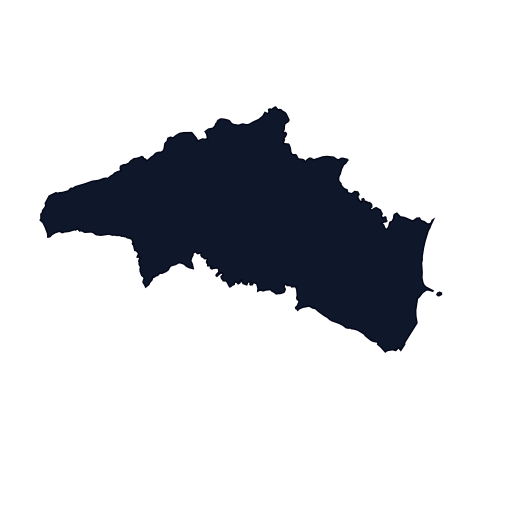 Mele, Shefa, Vanuatu, rotated 241°
{"feature_id": "77236927B59461179812420", "entity_name": "Mele", "entity_type": "district", "adm_level": 2, "iso_a3": "VUT", "parent_name": "Vanuatu", "parent_adm1": "Shefa", "projection": "robinson", "projection_center": [168.323, -17.649], "detail": "fine", "context": "isolated", "style": "filled", "palette": "ink", "viewbox_px": 512, "rotation_deg": 241, "n_neighbors": 0, "source": "geoboundaries", "source_scale": "gbopen_adm2", "svg_char_len": 6151}
<svg xmlns="http://www.w3.org/2000/svg" viewBox="0 0 512 512"><g transform="rotate(241 256 256)"><path d="M400.2,181.1L398.5,179.7L396.0,179.3L396.8,175.8L397.0,172.7L396.2,170.0L396.3,167.8L395.6,164.1L396.8,162.4L397.6,160.3L398.4,154.9L400.7,149.0L402.0,141.2L404.1,131.9L404.1,129.9L403.7,129.0L405.0,126.7L403.9,123.5L405.4,117.2L406.5,115.0L407.0,112.9L408.3,111.7L408.7,104.2L404.2,97.2L403.1,97.1L402.0,96.4L400.9,95.2L399.3,91.6L398.8,91.0L397.9,91.1L396.9,88.2L392.8,86.0L392.0,84.7L388.5,85.9L383.9,85.7L376.5,84.6L373.4,83.1L372.8,85.1L373.7,87.9L373.8,91.7L373.0,95.7L372.4,96.6L370.8,97.4L370.2,98.2L370.0,100.1L368.2,104.4L367.1,109.8L366.3,110.6L366.2,112.0L366.7,113.1L363.3,113.9L363.2,114.9L362.3,116.1L360.0,117.5L359.5,118.3L356.9,123.7L355.6,124.9L352.1,126.6L349.3,130.5L346.5,138.0L343.8,140.6L343.1,142.4L341.7,143.9L340.0,147.0L338.4,148.1L337.7,149.7L336.5,150.5L335.9,151.7L334.4,152.2L332.8,154.2L331.9,154.6L331.4,155.7L328.9,155.3L327.5,155.6L327.2,154.3L326.7,153.9L326.1,153.8L326.0,154.3L325.1,154.3L319.8,152.7L318.5,153.9L315.1,154.7L312.7,151.5L312.4,151.6L311.7,153.5L310.2,153.8L310.1,152.9L308.3,150.9L306.5,150.8L305.9,150.0L305.1,149.7L302.4,149.8L301.2,148.6L299.0,147.4L294.3,146.6L292.6,147.5L290.9,147.6L288.3,144.8L287.4,144.4L284.8,144.7L282.3,144.4L283.0,148.4L284.4,150.3L285.5,153.4L287.7,155.5L287.2,155.5L286.9,156.2L287.1,159.3L286.7,160.6L287.7,163.4L286.4,165.7L286.1,170.1L286.5,172.6L288.1,174.9L288.7,176.9L287.6,181.5L287.6,185.1L286.5,186.8L283.8,189.2L280.6,190.3L278.2,192.0L275.4,195.0L279.7,196.3L283.5,196.6L286.1,199.3L287.2,201.2L289.0,202.2L289.2,205.2L286.5,205.9L285.3,209.3L284.5,209.3L283.3,208.2L281.4,208.3L280.4,209.4L279.0,209.5L278.4,210.0L277.4,212.2L276.6,211.9L275.2,210.2L274.0,209.6L272.3,210.0L271.2,209.1L270.7,209.1L269.8,210.9L268.7,211.9L267.7,210.4L266.0,211.2L265.9,212.9L265.2,214.0L265.0,215.3L264.4,215.8L264.3,216.7L263.0,216.9L260.6,216.2L260.0,215.6L258.9,212.2L258.2,211.6L257.2,212.0L258.1,215.8L257.7,218.0L257.3,218.3L255.2,218.1L255.2,216.1L254.8,215.4L253.2,215.0L250.2,215.4L248.5,218.1L241.8,218.0L241.5,219.1L241.9,220.2L241.8,223.3L242.9,223.9L243.6,224.9L242.3,226.5L240.3,226.9L240.4,228.9L241.2,229.8L241.6,229.7L242.1,231.8L240.5,231.3L238.2,231.4L235.3,233.9L236.9,235.8L237.1,237.3L236.3,238.0L235.2,237.8L234.1,237.0L233.5,237.1L232.7,238.9L233.8,240.2L233.8,241.3L231.3,243.2L226.7,242.1L224.4,240.5L224.3,242.5L223.8,243.8L222.1,245.2L221.5,248.1L219.7,252.4L217.6,252.9L215.4,254.4L213.2,255.2L211.2,259.8L210.8,262.4L211.0,263.5L212.5,265.2L213.7,265.7L215.1,265.2L216.8,266.9L217.4,268.6L215.1,268.9L213.5,271.7L212.8,272.2L211.7,272.2L210.2,275.6L208.3,275.7L206.4,275.2L201.5,273.0L199.4,271.2L197.7,271.0L196.7,271.7L195.4,271.8L192.5,268.2L191.7,265.6L190.6,265.4L189.5,266.1L188.3,266.2L188.9,268.1L188.5,272.1L186.4,278.3L183.1,280.3L181.4,282.4L176.9,284.0L170.7,286.9L167.7,288.8L164.9,289.7L162.8,290.9L156.5,296.4L153.1,298.6L149.7,300.0L148.2,301.7L147.3,303.7L146.0,304.4L144.9,306.1L141.9,309.1L135.8,312.6L132.4,313.3L126.2,315.9L124.3,317.5L121.3,321.2L119.8,319.6L115.9,321.1L109.4,322.6L109.7,324.8L108.0,329.9L105.6,332.4L106.8,336.3L103.3,336.9L106.8,343.4L108.0,343.6L119.4,364.3L126.1,366.7L131.1,369.3L140.6,376.6L141.1,379.0L143.1,383.6L143.7,387.9L143.5,389.0L142.4,390.7L139.5,393.5L139.7,394.0L146.4,389.6L148.8,388.8L151.8,389.0L156.4,390.4L161.2,393.4L169.8,397.4L171.4,399.0L175.2,401.2L181.8,406.3L187.4,411.3L194.9,419.1L196.1,421.3L198.6,424.2L201.9,428.9L201.8,427.4L200.4,425.7L199.7,424.0L200.5,422.1L201.3,421.2L204.5,419.8L206.9,417.5L210.0,417.3L211.1,415.0L210.6,411.4L211.0,409.6L216.1,405.8L218.1,404.0L220.2,401.2L225.2,399.9L225.2,397.1L224.2,396.0L222.3,394.7L220.5,392.4L220.3,391.8L220.6,389.9L220.2,389.0L217.4,386.5L216.0,384.1L216.0,383.4L217.2,382.1L221.2,382.6L223.5,381.4L223.7,384.5L223.0,386.1L223.2,387.4L225.2,387.4L226.3,388.2L227.3,388.2L227.7,387.4L227.6,385.7L228.4,385.0L230.7,385.2L231.7,386.8L234.4,386.8L235.8,387.1L240.0,384.5L240.2,381.9L239.9,380.1L240.8,378.7L242.3,378.7L242.9,381.1L244.9,382.0L246.2,381.9L247.9,381.0L248.5,379.4L249.9,379.2L250.3,378.2L251.2,377.9L251.6,377.3L252.4,377.2L253.1,377.9L254.0,377.8L254.3,376.4L252.2,375.2L252.2,374.6L252.8,373.9L254.4,373.3L257.5,373.4L259.2,374.2L259.9,375.9L262.7,376.0L264.6,373.6L263.9,370.1L266.4,367.3L267.8,367.1L269.8,367.7L271.9,365.9L273.7,365.2L276.8,364.8L278.2,365.4L281.0,364.7L282.9,365.3L284.9,366.6L286.2,368.0L286.7,369.1L290.6,372.9L293.3,376.7L293.8,379.8L294.6,380.9L295.2,382.7L296.0,382.9L299.4,379.3L300.2,377.5L299.9,375.2L300.2,374.7L301.7,373.2L304.7,371.9L308.7,366.2L310.3,362.3L312.0,353.5L312.8,352.6L314.9,351.4L315.6,350.0L315.3,347.1L314.5,345.6L315.0,344.8L316.9,344.3L317.7,343.7L320.5,339.9L324.7,340.1L325.6,339.4L326.6,337.4L328.0,336.6L330.3,336.9L333.8,338.3L337.2,338.8L338.1,338.6L340.9,334.6L342.0,335.1L344.1,337.3L345.1,336.7L346.2,339.4L347.6,341.5L348.4,341.9L349.7,341.7L350.0,339.9L350.8,339.5L353.4,342.2L356.5,344.2L357.7,345.5L358.0,349.1L358.5,350.3L359.2,350.8L365.7,351.2L367.5,350.8L369.8,349.3L371.7,348.8L372.6,347.8L373.3,345.9L376.5,345.5L377.0,344.9L376.6,340.5L377.9,339.3L378.0,338.1L375.4,337.1L375.0,336.2L375.0,335.0L377.2,333.5L375.0,329.9L374.0,324.8L374.5,318.2L374.4,313.8L375.3,311.3L378.0,308.2L378.7,304.2L381.6,300.4L382.8,299.3L384.6,298.6L387.0,298.3L388.2,297.5L391.1,294.4L393.0,291.5L393.0,288.8L392.5,287.4L391.5,286.7L391.1,284.9L389.6,283.3L388.6,280.2L390.0,276.0L389.5,271.9L386.7,272.0L381.8,270.5L382.4,269.6L382.6,268.2L384.3,265.9L384.6,262.3L385.2,260.7L388.0,260.9L395.1,259.6L398.9,252.5L400.2,248.6L400.1,244.6L399.4,240.7L401.4,238.7L401.6,236.0L399.4,234.0L398.6,231.0L393.8,227.2L392.8,225.3L392.7,223.3L394.0,220.8L394.4,218.4L394.1,216.5L393.5,215.8L393.1,211.4L392.2,208.2L392.7,206.4L394.4,206.2L396.0,204.6L396.8,205.1L397.6,205.0L398.5,204.0L398.4,202.4L399.2,198.8L400.2,196.6L399.8,192.3L398.7,189.5L399.1,186.3L400.0,184.3L400.2,181.1ZM132.5,396.9L132.5,399.5L133.7,400.2L135.4,398.8L135.2,398.1L135.5,397.1L134.5,395.5L133.0,396.1L132.5,396.9Z" fill="#0f172a" stroke="#020617" stroke-width="1.5"/></g></svg>